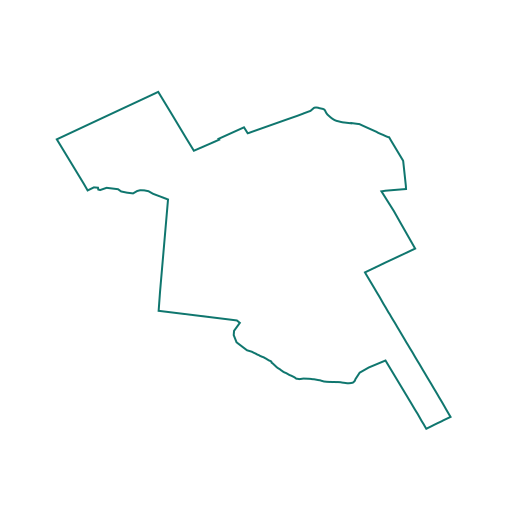 outline of Rasmiresti, Teleorman, Romania, rotated 6°
{"feature_id": "2599482B62512953612399", "entity_name": "Rasmiresti", "entity_type": "district", "adm_level": 2, "iso_a3": "ROU", "parent_name": "Romania", "parent_adm1": "Teleorman", "projection": "robinson", "projection_center": [25.58, 43.986], "detail": "fine", "context": "isolated", "style": "outline", "palette": "teal", "viewbox_px": 512, "rotation_deg": 6, "n_neighbors": 0, "source": "geoboundaries", "source_scale": "gbopen_adm2", "svg_char_len": 4068}
<svg xmlns="http://www.w3.org/2000/svg" viewBox="0 0 512 512"><g transform="rotate(6 256 256)"><path d="M376.0,124.0L375.5,124.0L374.9,123.9L374.0,123.7L373.0,123.4L371.8,123.0L369.5,122.2L368.0,121.8L364.5,120.7L362.8,119.9L357.9,118.3L352.7,116.6L348.2,115.1L345.9,114.3L345.3,114.1L345.0,114.0L344.6,114.0L343.2,114.0L339.8,113.9L336.9,113.8L336.9,114.1L330.3,114.0L328.3,114.0L327.3,113.9L326.4,113.8L324.4,113.5L322.9,113.3L322.0,113.2L320.6,112.8L319.9,112.6L317.6,111.5L315.8,110.4L313.4,108.7L312.2,107.8L311.3,106.8L310.7,106.1L309.9,104.8L309.2,103.8L308.8,103.4L308.3,103.1L307.7,102.9L307.1,102.7L305.9,102.6L304.0,102.4L303.2,102.3L302.6,102.1L301.1,102.0L299.9,102.1L298.9,102.3L298.1,102.7L296.6,104.3L295.0,106.0L292.5,107.2L290.7,108.1L288.9,109.0L288.4,109.2L288.0,109.5L285.2,110.9L282.4,112.3L274.3,116.1L272.8,116.8L238.8,133.0L236.0,134.4L234.9,134.8L232.8,132.1L230.6,129.3L206.5,143.4L207.2,144.2L195.2,151.0L183.2,157.8L174.3,146.2L160.3,127.6L156.3,122.3L141.6,103.0L75.2,143.0L45.7,160.8L77.2,202.2L81.7,208.4L87.6,204.7L91.7,204.6L92.2,206.4L94.1,206.7L100.3,203.8L111.8,204.0L115.1,205.9L121.1,206.5L127.2,206.6L131.0,203.8L133.9,202.7L137.9,202.4L142.3,202.8L147.1,204.9L162.6,209.0L163.2,241.5L164.3,301.6L164.9,320.7L233.9,321.9L243.7,322.1L246.9,324.2L242.0,332.7L242.1,337.0L245.7,343.9L256.9,350.7L261.7,351.6L261.9,351.7L262.1,351.7L262.3,351.8L262.8,352.0L263.2,352.2L263.7,352.4L264.3,352.6L265.6,353.0L266.2,353.3L266.5,353.3L266.7,353.5L267.0,353.6L267.6,353.9L267.9,354.0L268.5,354.1L269.2,354.3L269.8,354.6L270.4,354.9L270.6,355.0L270.9,355.1L271.2,355.1L271.7,355.3L272.4,355.5L272.6,355.6L272.8,355.6L273.2,355.7L273.7,355.8L274.5,356.1L274.9,356.2L275.1,356.4L275.3,356.5L275.7,356.6L276.6,357.0L277.2,357.2L278.0,357.7L278.5,357.9L280.0,358.6L280.5,358.7L280.8,358.8L281.1,358.9L281.6,359.0L282.0,359.3L282.3,359.5L282.5,359.9L282.6,360.4L282.7,360.5L283.2,360.7L283.5,360.9L284.0,361.2L284.9,361.9L286.1,362.8L287.4,363.8L288.3,364.5L288.9,364.8L289.3,365.1L290.6,365.7L291.7,366.2L292.7,366.9L294.2,367.7L295.2,368.3L295.7,368.5L296.4,368.8L297.6,369.1L298.2,369.3L299.4,369.8L300.7,370.4L301.6,370.8L302.2,371.0L303.4,371.3L304.8,371.8L306.4,372.4L307.5,372.9L308.3,373.5L308.6,373.6L309.0,373.8L310.4,373.8L311.6,373.9L312.0,373.9L312.4,373.8L313.4,373.6L315.3,373.1L316.3,372.9L317.4,372.8L318.1,372.8L319.4,372.7L321.0,372.6L323.1,372.5L324.5,372.6L325.5,372.6L326.6,372.5L327.7,372.6L330.0,372.8L331.2,372.9L331.8,372.9L332.4,372.9L333.1,373.0L334.3,373.3L335.1,373.4L336.6,373.7L337.0,373.7L338.0,373.7L339.6,373.7L341.6,373.6L343.9,373.4L344.8,373.4L347.3,373.1L349.2,373.0L350.9,372.8L353.1,372.7L355.2,372.9L357.0,372.9L359.3,373.0L360.7,373.0L361.3,372.9L363.0,372.6L364.4,372.2L365.4,371.9L365.6,371.8L366.0,371.4L366.3,371.1L367.3,369.8L367.8,368.0L371.3,361.2L379.8,355.1L395.7,346.4L419.7,378.2L420.7,379.5L423.0,382.6L424.9,385.1L426.1,386.7L429.5,391.3L431.5,393.9L433.1,395.9L436.5,400.7L437.9,402.7L439.7,405.0L440.5,406.0L441.6,407.6L443.4,410.0L447.9,407.2L451.1,405.1L452.9,404.0L454.3,403.1L456.2,402.0L456.7,401.7L458.0,400.9L458.6,400.5L459.1,400.1L461.2,398.8L466.0,395.9L466.3,395.7L464.2,392.9L462.9,391.1L461.2,388.8L459.0,385.7L457.7,383.9L456.4,382.1L454.9,380.1L452.7,377.2L451.5,375.5L448.9,372.0L446.1,368.3L443.7,365.0L441.5,362.1L439.0,358.8L436.2,355.0L433.7,351.7L432.1,349.5L429.6,346.1L427.8,343.8L425.7,341.0L424.5,339.4L421.7,335.5L418.6,331.5L416.6,328.8L414.5,326.1L412.4,323.2L410.9,321.2L408.3,317.7L407.4,316.5L406.0,314.6L404.1,312.1L401.2,308.1L398.7,304.9L396.9,302.5L395.2,300.1L393.7,298.3L391.6,295.4L390.6,294.0L387.7,290.2L386.0,287.8L384.1,285.1L382.5,282.9L380.8,280.7L378.7,277.9L377.1,275.7L375.3,273.3L372.3,269.3L367.9,263.4L367.0,262.2L366.1,260.9L369.2,259.0L385.7,248.8L399.0,240.8L413.5,232.0L396.0,207.6L388.4,196.9L380.2,186.5L376.6,181.9L374.0,178.6L378.1,177.5L398.2,173.7L397.7,170.6L395.0,158.0L392.5,146.4L392.3,145.8L378.6,127.6L378.0,126.8L376.8,125.1L376.7,125.0L376.2,124.3L376.0,124.0Z" fill="none" stroke="#0f766e" stroke-width="2"/></g></svg>